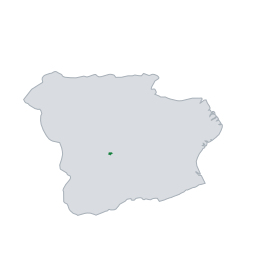 Kaduna South, Kaduna, Nigeria (highlighted), rotated 247°
{"feature_id": "59680162B16574916896740", "entity_name": "Kaduna South", "entity_type": "district", "adm_level": 2, "iso_a3": "NGA", "parent_name": "Nigeria", "parent_adm1": "Kaduna", "projection": "equal_earth", "projection_center": [7.417, 10.498], "detail": "fine", "context": "in_parent", "style": "filled", "palette": "green", "viewbox_px": 256, "rotation_deg": 247, "n_neighbors": 0, "source": "geoboundaries", "source_scale": "gbopen_adm2", "svg_char_len": 3987}
<svg xmlns="http://www.w3.org/2000/svg" viewBox="0 0 256 256"><g transform="rotate(247 128 128)"><path d="M195.0,43.1L201.3,54.5L202.7,63.0L203.3,67.2L204.3,67.7L206.2,67.9L207.6,68.7L208.5,70.1L209.0,71.4L209.1,72.2L208.8,77.3L208.3,79.1L208.6,81.6L208.5,82.7L208.3,83.4L207.5,84.3L206.3,85.1L203.5,87.5L202.7,87.9L201.5,88.0L200.5,88.6L199.3,89.9L196.7,94.8L194.5,99.7L193.0,107.6L191.0,110.1L190.7,112.3L190.4,117.2L190.1,118.7L189.8,119.2L187.7,120.1L186.4,121.3L185.7,123.5L184.8,131.1L184.5,132.4L183.8,133.7L182.7,135.2L181.8,136.0L179.4,136.5L177.1,142.2L177.0,143.2L176.0,148.5L174.3,152.4L174.1,155.0L171.9,158.4L170.8,160.8L172.0,163.3L172.1,163.7L168.2,167.8L168.0,168.5L167.9,171.4L167.6,172.1L166.9,173.2L165.8,174.4L164.8,175.3L163.6,175.9L162.4,176.1L161.8,175.8L161.4,174.9L160.8,171.4L160.4,170.6L159.7,169.9L156.7,166.0L154.9,164.6L154.6,164.7L154.3,165.1L153.8,167.1L153.3,167.8L152.3,168.0L150.7,168.1L149.5,167.8L149.2,167.4L148.6,165.9L145.0,169.4L143.7,170.2L142.0,174.4L139.7,176.5L138.1,178.3L133.9,184.0L133.0,185.7L132.1,188.2L130.3,199.0L127.4,205.7L127.0,207.1L126.8,207.1L126.4,207.7L125.3,207.3L124.8,206.0L124.0,205.8L122.8,204.0L122.6,204.3L123.9,208.9L123.4,210.8L119.8,210.8L116.6,211.4L114.5,211.4L113.4,210.7L113.0,209.0L112.8,209.1L112.7,210.1L112.0,210.8L109.6,210.9L108.5,209.8L107.7,208.4L106.7,207.8L106.9,208.4L107.9,209.7L107.8,211.6L105.9,213.7L104.6,213.8L103.9,212.9L103.5,211.4L103.3,209.1L102.8,207.7L102.5,207.7L102.8,210.1L102.9,212.4L103.8,214.2L102.4,214.7L100.7,214.8L100.5,214.1L100.2,212.7L99.9,212.3L99.6,214.7L96.1,215.4L95.6,215.3L95.5,214.9L95.8,214.2L95.7,213.1L94.9,213.9L94.8,215.7L94.4,215.9L93.1,215.7L91.6,214.8L89.3,212.6L86.4,209.1L85.9,207.5L85.1,205.6L83.6,200.2L83.9,200.0L84.5,200.3L84.9,199.8L83.7,199.4L83.4,199.0L83.3,197.8L83.4,196.4L85.2,195.6L85.6,194.8L85.9,193.9L83.6,195.2L81.5,193.7L81.1,192.8L81.3,192.1L83.7,192.0L84.6,191.3L84.1,191.1L83.1,191.1L82.8,190.7L82.8,189.6L82.5,189.8L82.1,190.8L80.7,191.5L79.9,190.8L79.8,189.2L79.6,188.5L78.9,187.9L76.5,183.7L73.4,180.2L70.6,177.8L66.4,176.6L57.7,176.7L57.2,176.3L57.7,175.8L58.5,175.4L61.3,173.5L60.9,173.2L57.9,174.4L56.9,174.5L55.6,176.9L47.0,177.4L47.1,176.3L47.5,173.2L48.0,171.1L47.4,168.5L47.3,166.2L47.6,165.4L47.8,164.5L47.7,158.5L48.2,157.6L48.2,157.0L47.3,154.5L47.3,152.5L47.2,150.6L46.9,149.7L47.2,142.4L47.1,140.6L47.4,139.3L47.6,136.1L47.6,133.1L48.2,128.2L51.8,127.5L52.7,125.6L53.3,123.2L53.1,120.8L54.3,118.7L55.8,116.8L55.7,114.8L56.1,114.2L56.8,113.7L57.8,113.5L58.9,112.4L59.5,110.7L60.1,107.8L59.2,105.8L59.2,105.4L59.6,104.3L60.1,103.3L60.6,102.9L61.7,103.2L62.0,102.8L62.7,99.6L62.6,98.8L61.7,96.7L61.1,91.0L60.9,90.2L60.1,89.2L58.1,85.2L58.1,83.3L59.0,80.9L59.6,79.7L60.3,79.1L60.5,78.5L60.3,77.8L59.9,77.3L59.8,76.2L60.2,74.7L60.1,73.1L60.3,64.5L62.0,62.8L64.4,60.0L65.7,57.1L66.3,54.9L67.2,47.6L68.5,46.8L70.9,44.2L74.2,42.6L76.3,42.1L80.1,42.4L82.0,42.2L83.6,40.7L84.4,40.3L85.4,40.1L94.7,43.9L95.6,43.7L96.3,44.0L97.5,45.0L100.2,48.5L103.1,54.0L104.0,55.2L104.9,55.8L105.8,56.0L106.5,55.9L107.2,55.4L108.1,54.4L109.5,53.9L110.6,54.0L116.4,49.8L117.0,49.7L120.6,50.7L125.5,54.9L129.4,57.6L132.3,58.5L135.6,59.2L141.2,59.4L145.4,53.5L146.9,52.2L148.8,51.0L152.8,49.9L159.3,49.2L165.4,49.5L169.2,50.5L173.3,52.5L175.0,54.3L177.7,54.6L179.7,54.2L180.3,52.4L182.2,50.0L185.2,47.8L187.5,46.2L189.5,45.5L191.2,43.7L192.6,43.2L195.0,43.1ZM109.8,213.3L108.5,213.9L107.6,213.8L108.8,211.3L109.4,211.8L110.2,212.1L109.8,213.3Z" fill="#d9dde1" stroke="#a8b0b8" stroke-width="1"/><path d="M110.9,101.8L111.0,101.8L111.2,102.0L111.1,102.3L111.1,102.5L111.2,102.8L111.3,102.8L111.3,102.7L111.3,102.8L111.4,102.7L111.5,102.6L111.6,102.4L111.7,102.2L111.7,101.9L111.7,101.7L111.4,101.6L111.4,101.4L111.5,101.4L111.5,101.2L111.5,100.9L111.4,100.8L111.4,100.7L111.5,100.7L111.4,100.6L111.3,100.8L111.2,100.9L111.3,100.9L111.2,101.0L111.1,101.3L111.0,101.5L110.9,101.5L110.9,101.8Z" fill="#22c55e" stroke="#15803d" stroke-width="1.5"/></g></svg>